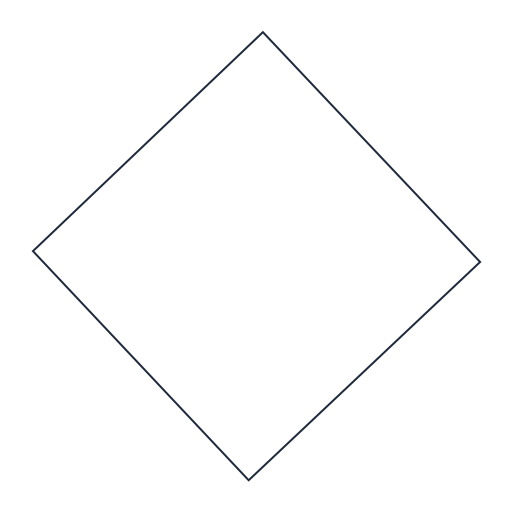 Dawson, Texas, United States of America, rotated 47°
{"feature_id": "52423323B68149389571600", "entity_name": "Dawson", "entity_type": "district", "adm_level": 2, "iso_a3": "USA", "parent_name": "United States of America", "parent_adm1": "Texas", "projection": "robinson", "projection_center": [-101.991, 32.743], "detail": "fine", "context": "isolated", "style": "outline", "palette": "slate", "viewbox_px": 512, "rotation_deg": 47, "n_neighbors": 0, "source": "geoboundaries", "source_scale": "gbopen_adm2", "svg_char_len": 232}
<svg xmlns="http://www.w3.org/2000/svg" viewBox="0 0 512 512"><g transform="rotate(47 256 256)"><path d="M177.9,97.8L97.0,98.3L100.3,415.8L415.0,414.3L413.2,96.2L177.9,97.8Z" fill="none" stroke="#1e293b" stroke-width="2"/></g></svg>